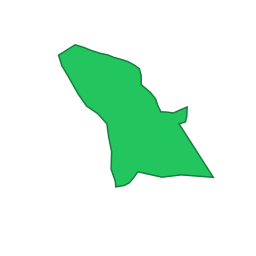 Sertãozinho, Paraíba, Brazil (Albers equal-area conic projection), rotated 214°
{"feature_id": "56859067B84212218420473", "entity_name": "Sertãozinho", "entity_type": "district", "adm_level": 2, "iso_a3": "BRA", "parent_name": "Brazil", "parent_adm1": "Paraíba", "projection": "albers", "projection_center": [-35.418, -6.737], "detail": "fine", "context": "isolated", "style": "filled", "palette": "green", "viewbox_px": 256, "rotation_deg": 214, "n_neighbors": 0, "source": "geoboundaries", "source_scale": "gbopen_adm2", "svg_char_len": 677}
<svg xmlns="http://www.w3.org/2000/svg" viewBox="0 0 256 256"><g transform="rotate(214 128 128)"><path d="M218.4,167.4L226.3,149.5L217.6,142.6L207.1,137.7L188.5,128.4L174.5,123.0L161.1,123.0L147.8,119.6L138.6,109.3L128.4,99.3L119.0,84.4L108.7,76.7L105.2,72.3L98.9,78.4L96.2,83.5L95.6,89.6L95.3,97.2L72.4,106.2L57.5,119.0L29.7,134.8L82.7,157.7L88.0,159.9L83.8,165.2L85.7,170.4L90.7,178.5L95.6,171.0L98.7,165.9L104.9,162.8L109.8,159.8L115.6,163.1L121.2,167.4L129.2,170.0L141.3,171.3L146.4,178.9L151.8,183.5L158.1,183.7L165.6,182.9L172.8,180.8L179.1,178.6L185.7,177.3L192.7,174.4L202.3,171.6L209.2,170.2L218.4,167.4Z" fill="#22c55e" stroke="#15803d" stroke-width="1.5"/></g></svg>